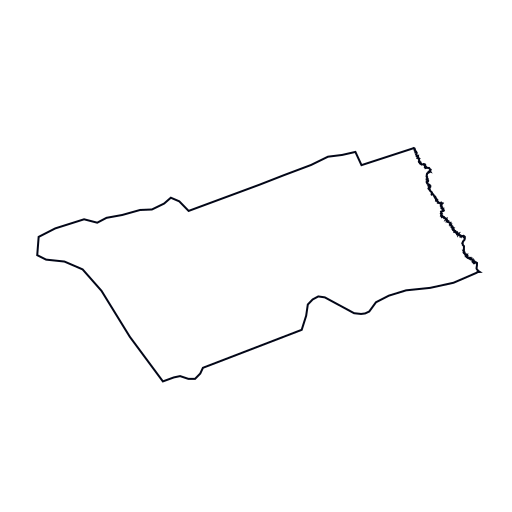 the district of Amada-Gaza, Mambéré-Kadéï, Central African Republic, rotated 160°
{"feature_id": "33826404B6437617730206", "entity_name": "Amada-Gaza", "entity_type": "district", "adm_level": 2, "iso_a3": "CAF", "parent_name": "Central African Republic", "parent_adm1": "Mambéré-Kadéï", "projection": "albers", "projection_center": [14.714, 4.811], "detail": "fine", "context": "isolated", "style": "outline", "palette": "ink", "viewbox_px": 512, "rotation_deg": 160, "n_neighbors": 0, "source": "geoboundaries", "source_scale": "gbopen_adm2", "svg_char_len": 5570}
<svg xmlns="http://www.w3.org/2000/svg" viewBox="0 0 512 512"><g transform="rotate(160 256 256)"><path d="M316.1,339.9L324.4,336.7L337.9,335.3L349.2,338.9L367.7,340.3L383.4,343.0L393.8,341.6L405.0,349.3L435.2,350.6L453.7,348.3L461.3,331.6L454.5,324.4L437.9,316.3L423.5,302.7L413.1,276.1L402.2,223.2L386.4,170.0L374.7,170.0L368.4,169.1L361.6,163.7L355.3,161.4L348.6,164.6L344.1,169.1L238.3,171.0L229.3,182.7L223.9,192.7L217.6,195.8L211.3,196.7L205.5,193.6L183.4,168.7L177.1,165.6L173.1,164.7L168.6,165.1L159.1,171.5L144.7,173.3L126.7,172.4L103.3,166.5L79.5,163.3L54.2,164.8L53.6,165.2L51.2,164.5L52.1,165.7L53.0,168.0L53.0,169.0L51.6,171.6L50.7,173.9L51.5,174.9L51.9,175.0L52.1,175.4L52.4,175.1L52.5,175.4L52.6,175.2L53.0,175.1L53.1,175.3L53.5,175.4L53.6,175.1L53.8,175.3L53.9,175.2L54.4,176.4L54.0,176.5L53.9,177.1L53.6,177.4L53.6,177.7L53.8,177.7L53.9,177.9L53.5,178.0L53.8,178.3L53.7,178.5L54.0,178.5L54.2,179.0L54.8,179.5L54.9,179.2L55.1,179.2L55.3,179.8L55.2,179.9L55.4,179.9L55.4,180.0L55.0,180.1L55.0,180.4L55.4,180.5L55.3,180.8L55.7,180.8L55.7,180.7L55.9,180.7L56.1,181.3L56.3,181.3L56.6,181.0L56.7,181.3L57.2,181.5L57.1,181.8L57.3,182.1L57.5,182.1L57.5,182.4L57.7,182.2L58.4,182.8L58.2,183.2L58.3,183.4L57.9,183.5L57.8,183.9L57.5,184.1L57.8,184.3L57.8,184.5L58.0,184.5L57.7,184.8L57.9,184.8L57.8,185.2L58.3,185.3L58.3,185.5L58.7,185.4L58.6,185.8L58.9,185.9L59.0,186.3L58.9,187.0L59.2,187.0L59.3,187.2L59.5,187.4L59.4,187.6L59.2,187.8L59.3,188.1L59.1,187.9L59.1,188.4L58.9,188.6L59.1,189.0L59.4,189.0L59.1,189.6L59.2,190.1L58.9,190.0L58.5,190.4L58.4,191.1L57.2,194.1L57.9,195.7L57.6,196.6L57.8,197.5L57.1,197.9L56.6,198.8L54.6,199.9L53.8,201.0L53.2,202.6L53.7,203.5L54.0,203.5L54.3,203.3L54.3,203.8L54.7,203.7L54.9,204.1L55.5,204.2L55.8,204.1L56.2,204.6L56.6,204.2L56.7,204.6L56.9,204.7L56.9,205.0L57.1,204.9L57.0,205.5L57.5,205.7L58.1,206.7L58.0,206.9L58.2,207.0L58.6,206.8L58.4,207.2L58.7,207.4L58.7,207.5L58.4,207.7L58.7,207.7L58.5,208.0L58.8,208.4L59.1,208.5L59.0,208.9L59.1,209.0L59.3,208.9L59.2,209.2L59.8,209.1L60.0,209.4L59.8,209.7L60.3,209.8L60.3,210.0L60.2,210.3L60.3,210.3L60.3,210.6L61.4,210.8L61.3,211.1L61.1,211.1L60.9,211.3L60.7,211.1L60.6,211.3L61.0,211.4L60.8,211.9L61.0,212.1L61.4,212.6L61.3,212.8L61.7,212.9L61.8,212.8L62.0,213.1L61.8,213.8L62.0,214.1L61.8,214.2L62.0,214.3L62.0,214.5L61.5,214.6L61.4,214.9L61.6,215.2L61.8,215.0L61.8,215.3L61.4,215.3L62.3,216.2L62.2,216.3L61.9,216.3L61.9,216.8L61.5,216.9L62.2,218.0L62.4,218.1L62.1,218.3L62.2,218.7L62.0,218.9L62.3,219.0L62.5,218.9L63.0,219.2L62.7,219.6L62.1,219.9L61.9,220.5L62.4,220.5L62.4,220.9L62.9,221.2L63.0,221.6L63.4,222.0L64.0,222.3L64.0,222.6L64.7,223.0L64.3,223.2L64.6,223.3L64.4,223.5L64.5,223.8L64.3,224.0L64.5,224.2L64.5,224.6L64.3,224.9L64.7,225.2L64.4,225.7L64.9,225.6L64.6,225.9L64.9,226.3L65.1,226.5L65.4,227.1L66.2,227.3L66.1,228.1L66.5,228.3L66.3,228.6L66.7,228.9L67.1,228.8L67.5,229.3L67.4,229.7L67.9,229.5L67.8,229.9L68.1,230.1L68.3,230.3L67.9,230.6L68.0,230.9L67.8,231.0L67.6,232.0L67.7,232.3L67.1,232.5L67.4,232.9L67.1,233.1L67.0,234.4L66.7,234.5L66.4,234.3L65.7,234.3L64.2,234.3L64.0,234.5L64.3,234.8L64.1,235.3L64.4,235.4L64.2,235.8L64.6,235.7L64.5,236.1L64.2,235.9L64.2,236.1L64.9,236.7L64.8,237.0L65.0,237.2L64.8,237.4L65.1,237.7L64.8,237.9L65.1,238.1L65.1,238.5L65.1,238.8L64.8,239.1L64.9,239.3L64.7,239.3L64.6,239.6L64.9,240.0L64.9,240.4L64.7,240.5L64.5,240.3L64.5,240.6L64.0,240.8L63.8,241.4L63.5,241.5L63.8,241.7L63.3,241.9L63.5,242.0L63.9,241.8L63.7,242.3L64.0,242.4L64.0,242.8L64.3,242.7L64.3,242.4L64.7,242.5L64.8,242.3L65.7,243.0L65.7,243.3L66.6,243.7L66.3,244.0L66.3,244.4L67.0,245.2L66.9,245.5L67.2,246.0L67.0,246.3L67.4,246.4L67.3,246.5L67.0,246.5L66.5,246.7L66.7,247.2L67.3,247.6L67.6,247.6L67.5,248.0L67.1,248.0L67.1,247.8L67.0,248.0L67.1,248.7L67.3,248.9L67.3,250.1L67.9,249.9L68.3,252.9L68.7,253.8L69.9,253.7L69.9,253.9L69.6,254.1L69.2,255.4L69.0,255.6L69.3,256.0L69.4,256.5L70.0,257.5L70.2,258.4L70.0,258.7L69.9,259.7L70.6,259.7L70.8,260.2L70.4,260.4L70.5,260.8L70.2,261.0L69.2,261.0L68.5,261.4L68.4,261.8L68.7,261.9L69.0,262.2L68.5,262.2L68.5,262.5L68.8,262.4L69.2,262.5L69.0,262.8L68.6,262.8L68.8,263.2L69.2,263.4L68.8,263.6L68.9,263.8L69.4,263.8L69.6,264.1L70.0,265.6L70.3,265.7L70.4,267.1L70.3,267.3L69.1,267.3L69.1,267.8L68.7,267.7L68.5,267.8L68.5,269.1L69.4,269.1L69.6,269.3L69.4,269.8L68.7,269.7L68.3,269.9L68.5,271.5L68.2,271.9L68.5,272.3L68.1,272.8L68.0,273.6L67.4,274.2L67.2,274.8L66.6,275.2L66.0,275.2L65.5,275.6L65.2,275.6L65.3,275.9L65.2,276.0L65.0,275.9L65.0,275.5L64.9,275.4L63.9,275.6L63.8,275.8L64.0,276.0L63.6,276.2L63.4,276.0L63.5,276.5L63.1,276.5L62.4,277.4L62.8,277.8L63.3,279.6L65.4,280.4L65.5,281.1L66.3,280.9L66.4,280.7L66.7,280.7L66.7,281.2L67.0,281.7L65.8,283.5L65.9,283.8L66.3,283.9L66.1,284.2L66.3,284.3L66.4,284.7L67.0,285.1L67.7,284.9L68.7,285.4L69.1,285.4L69.2,285.9L69.6,286.0L70.2,286.8L69.8,287.2L70.1,287.6L69.7,287.8L69.4,287.7L69.4,287.8L69.8,288.0L69.9,288.5L70.3,288.4L70.7,288.7L70.6,289.3L69.9,290.0L69.8,291.4L70.0,291.8L69.6,291.9L69.8,292.1L69.7,292.4L69.8,292.7L70.1,292.6L70.2,292.9L70.6,293.0L69.8,294.0L70.1,294.2L69.8,294.6L70.5,294.6L70.8,294.8L70.6,295.1L70.5,295.7L70.9,296.5L70.1,297.2L69.9,297.7L70.1,297.9L70.2,298.3L69.9,298.4L70.0,298.6L70.4,298.5L70.7,298.7L70.0,299.4L70.1,299.5L70.6,299.4L70.6,299.5L70.2,299.9L70.2,300.2L70.8,300.8L70.7,301.3L70.3,301.7L70.9,302.8L70.8,303.1L70.6,302.9L70.4,303.0L70.7,303.4L125.8,305.3L127.0,319.8L140.5,321.5L154.4,324.7L173.1,322.7L202.2,322.4L228.1,321.8L303.9,321.4L309.4,333.6L316.1,339.9Z" fill="none" stroke="#020617" stroke-width="2"/></g></svg>